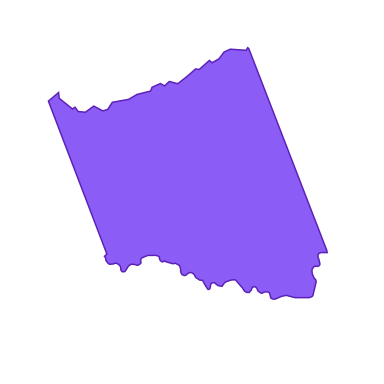 Red River, Texas, United States of America, rotated 159°
{"feature_id": "52423323B35361747398086", "entity_name": "Red River", "entity_type": "district", "adm_level": 2, "iso_a3": "USA", "parent_name": "United States of America", "parent_adm1": "Texas", "projection": "robinson", "projection_center": [-95.01, 33.64], "detail": "fine", "context": "isolated", "style": "filled", "palette": "violet", "viewbox_px": 384, "rotation_deg": 159, "n_neighbors": 0, "source": "geoboundaries", "source_scale": "gbopen_adm2", "svg_char_len": 1975}
<svg xmlns="http://www.w3.org/2000/svg" viewBox="0 0 384 384"><g transform="rotate(159 192 192)"><path d="M270.8,313.1L273.8,312.3L282.4,327.1L280.9,332.7L293.5,328.3L293.7,164.6L296.8,163.3L296.3,161.5L296.9,158.8L296.1,156.0L295.0,154.1L291.1,153.0L288.9,153.0L287.5,152.0L285.8,149.5L285.6,147.2L286.3,144.9L286.2,143.6L285.6,142.5L284.6,142.1L283.1,141.8L277.7,145.7L274.5,146.4L270.6,144.3L269.6,143.2L267.6,143.1L265.9,143.6L264.9,144.3L264.4,146.7L263.7,147.8L262.7,148.4L258.7,148.6L255.9,148.6L248.6,145.8L246.6,144.4L245.7,143.0L246.3,141.6L246.1,139.3L245.0,137.5L244.1,137.2L242.4,137.6L241.6,136.5L236.5,132.5L235.1,131.7L233.2,131.6L230.2,128.1L230.0,126.7L230.2,124.7L231.1,121.5L231.2,120.1L230.8,118.3L230.2,117.7L229.3,117.0L228.4,116.5L226.9,116.6L225.5,117.3L224.2,117.6L222.9,117.5L221.1,116.8L219.5,114.2L219.2,110.9L216.2,106.8L213.8,105.9L213.2,100.9L212.1,95.5L211.2,95.0L210.5,95.1L209.4,95.9L207.5,99.3L206.8,99.7L205.0,99.8L203.4,99.2L202.4,97.0L200.7,94.8L197.7,93.2L194.7,95.3L192.6,96.0L187.1,95.8L183.7,94.8L182.8,94.1L179.2,84.1L178.4,80.4L176.8,78.6L174.7,77.7L171.9,79.1L170.0,81.3L167.6,81.3L166.4,80.1L165.9,78.7L166.0,76.3L164.7,74.0L163.9,73.0L162.9,72.4L160.1,72.7L156.9,71.5L156.0,70.2L155.9,68.9L156.4,64.7L155.1,63.2L152.8,62.2L146.1,62.5L143.7,62.2L141.8,61.9L139.8,61.0L139.0,60.2L133.4,56.3L120.5,51.4L117.9,51.3L116.4,51.8L108.2,63.7L108.0,65.4L108.2,66.5L108.8,67.8L109.0,70.9L109.0,72.6L108.1,76.0L107.2,77.1L105.2,78.4L104.2,78.7L101.0,77.5L100.0,77.6L99.1,78.0L98.4,78.8L98.2,79.8L97.7,83.8L97.7,85.9L97.0,88.1L95.4,89.3L92.9,89.1L87.5,87.0L87.1,89.3L87.6,305.6L88.3,306.8L90.7,304.9L105.1,311.6L111.9,311.2L119.0,306.7L127.0,305.5L128.6,308.6L141.4,303.8L144.5,305.6L154.8,301.8L166.5,298.2L173.5,303.3L179.6,300.9L182.6,304.6L191.7,304.1L194.5,301.1L208.3,302.8L218.0,301.2L234.2,304.3L241.1,299.3L246.2,299.7L252.9,307.4L263.0,304.7L269.4,307.9L270.8,313.1Z" fill="#8b5cf6" stroke="#5b21b6" stroke-width="1.5"/></g></svg>